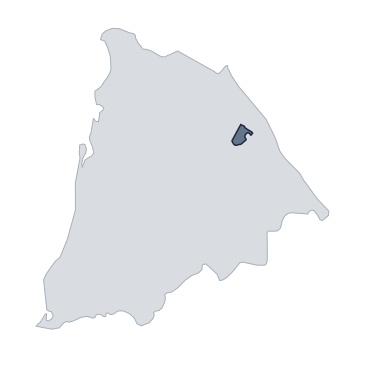 Nicaragua, with Masaya highlighted, rotated 187°
{"feature_id": "NIC-660", "entity_name": "Masaya", "entity_type": "Department", "adm_level": 1, "iso_a3": "NIC", "parent_name": "Nicaragua", "parent_adm1": "", "projection": "natural_earth1", "projection_center": [-86.121, 12.004], "detail": "fine", "context": "in_parent", "style": "filled", "palette": "slate", "viewbox_px": 384, "rotation_deg": 187, "n_neighbors": 0, "source": "natural_earth", "source_scale": "10m", "svg_char_len": 2729}
<svg xmlns="http://www.w3.org/2000/svg" viewBox="0 0 384 384"><g transform="rotate(187 192 192)"><path d="M330.3,39.8L328.6,42.5L326.7,44.2L322.8,52.8L321.5,53.5L321.2,47.2L318.9,46.4L316.1,48.6L314.6,51.9L317.0,56.1L319.1,56.2L321.7,57.3L328.6,86.7L327.1,91.9L322.9,100.1L318.9,107.0L314.9,111.4L310.0,129.8L305.5,159.9L308.9,186.9L307.3,211.8L308.7,217.7L309.2,225.0L305.8,226.4L304.0,226.1L302.0,221.6L302.2,217.7L304.2,213.0L305.0,206.7L304.0,203.4L302.1,210.6L298.7,213.8L296.4,214.9L294.2,218.6L296.6,225.4L299.6,230.4L300.6,234.0L299.5,238.3L298.8,252.8L297.8,252.4L296.7,250.5L293.5,250.3L293.1,256.2L293.4,259.5L290.7,262.0L289.7,264.5L291.9,266.3L294.4,267.4L297.4,267.2L299.9,274.4L300.6,280.2L294.9,285.7L293.0,290.1L289.8,295.6L287.9,300.9L287.4,304.8L289.7,316.9L293.6,325.5L296.9,331.0L301.4,332.2L300.3,338.0L297.0,341.6L291.0,344.7L284.3,345.3L273.4,342.4L269.0,342.0L267.3,340.5L266.7,337.7L263.6,333.4L257.9,327.7L254.6,328.1L249.2,326.9L240.3,323.0L236.2,322.5L230.3,325.9L223.4,330.2L206.8,323.4L195.1,318.6L184.6,314.4L181.9,312.7L179.6,313.1L177.6,315.3L175.3,319.3L174.6,320.4L173.4,321.5L172.0,321.8L171.9,319.9L166.8,312.0L158.7,302.5L127.4,273.3L116.0,255.9L109.8,243.3L104.0,236.8L87.1,223.4L83.3,218.1L66.6,200.2L53.9,189.8L53.7,185.3L59.0,179.7L61.5,180.0L64.3,184.0L68.8,188.5L70.9,188.5L74.1,186.4L74.2,184.3L91.2,183.5L94.3,182.3L97.4,179.0L99.0,174.4L99.3,170.0L99.9,166.8L102.6,163.7L107.6,162.8L111.5,162.5L112.6,160.4L111.5,153.6L109.4,137.3L109.0,132.7L109.7,129.3L111.3,128.1L118.8,127.3L133.1,128.6L135.9,127.6L141.6,118.3L147.0,111.5L150.8,108.4L153.8,107.5L157.2,113.6L169.3,122.3L171.4,121.7L172.6,121.2L172.9,120.0L172.7,116.0L175.8,112.4L182.0,109.1L188.3,103.3L194.6,95.0L200.1,90.2L204.8,88.7L206.5,86.5L205.4,83.4L205.8,79.0L207.6,73.4L210.3,70.2L213.9,69.3L215.3,67.5L214.5,64.8L215.2,61.9L218.4,57.1L226.0,53.0L230.4,54.4L234.0,59.9L239.2,63.7L245.8,65.6L251.0,64.9L254.6,61.5L257.9,60.4L260.9,61.8L262.4,61.0L262.6,58.1L264.1,57.4L267.0,59.0L269.5,59.4L271.7,58.6L272.6,57.2L273.0,55.8L274.7,54.7L280.4,55.8L286.9,54.1L294.0,49.6L298.7,47.7L301.0,48.2L303.8,46.0L307.1,41.0L314.5,38.7L330.3,39.8Z" fill="#d9dde1" stroke="#a8b0b8" stroke-width="1"/><path d="M156.2,244.3L158.3,246.9L158.5,248.0L156.0,254.3L153.8,259.9L153.6,260.4L153.0,261.9L151.8,264.9L151.3,264.7L148.0,263.6L147.9,263.4L147.1,262.2L145.3,261.2L139.6,258.6L139.0,257.7L140.4,255.6L142.1,257.1L142.5,257.3L143.3,257.6L143.7,257.5L144.3,257.3L144.8,257.0L145.2,256.6L145.5,256.1L146.2,254.9L146.3,253.3L146.1,252.8L145.8,252.3L144.9,251.3L144.7,250.3L148.5,246.1L149.6,245.2L151.3,244.8L153.5,243.8L154.5,243.7L154.8,243.7L155.1,243.9L156.2,244.3Z" fill="#64748b" stroke="#1e293b" stroke-width="1.5"/></g></svg>